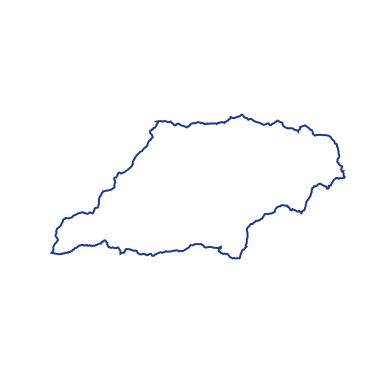 outline of Gura Teghii, Buzau, Romania, rotated 252°
{"feature_id": "2599482B83028603029386", "entity_name": "Gura Teghii", "entity_type": "district", "adm_level": 2, "iso_a3": "ROU", "parent_name": "Romania", "parent_adm1": "Buzau", "projection": "albers", "projection_center": [26.43, 45.616], "detail": "fine", "context": "isolated", "style": "outline", "palette": "blue", "viewbox_px": 384, "rotation_deg": 252, "n_neighbors": 0, "source": "geoboundaries", "source_scale": "gbopen_adm2", "svg_char_len": 6072}
<svg xmlns="http://www.w3.org/2000/svg" viewBox="0 0 384 384"><g transform="rotate(252 192 192)"><path d="M193.2,343.7L193.8,343.0L194.4,342.8L196.5,343.1L199.3,341.2L201.6,340.9L203.5,339.0L204.9,336.6L205.2,335.0L205.7,334.4L205.8,333.6L206.5,332.5L207.8,327.8L207.5,326.6L207.7,326.3L210.1,324.9L212.1,325.4L213.8,325.1L214.9,323.5L216.1,323.3L220.5,320.1L220.3,319.0L220.5,317.9L220.2,316.5L220.5,315.8L220.5,315.0L218.3,314.1L217.9,312.3L216.7,311.6L217.4,311.4L218.7,310.3L219.3,308.8L221.1,307.7L222.2,305.7L222.9,302.8L225.0,300.2L225.5,300.1L226.6,299.2L228.1,299.0L229.5,299.3L230.1,299.2L232.1,296.6L233.3,295.9L233.5,295.3L233.0,293.7L232.1,291.3L232.1,290.1L231.3,287.8L231.7,286.7L233.8,285.7L233.6,281.4L234.0,280.5L235.6,279.3L236.5,277.7L237.7,276.8L238.1,275.7L240.5,272.6L242.9,271.3L243.5,270.0L243.3,268.2L243.5,267.7L244.8,267.5L246.5,265.2L248.1,264.4L248.9,264.4L250.2,263.3L250.0,262.2L249.4,261.1L249.3,258.9L249.6,258.5L249.6,257.7L249.2,256.3L249.4,255.0L249.3,254.4L251.3,251.8L249.9,251.0L249.8,249.9L248.7,248.1L248.9,247.7L248.4,246.1L248.5,244.8L247.6,244.1L249.0,242.5L249.5,241.1L249.4,240.1L249.2,239.6L249.5,239.1L249.4,238.4L249.6,238.1L249.0,236.3L249.9,235.9L250.1,235.4L250.6,233.0L251.3,231.7L251.9,228.1L252.6,227.3L252.3,225.8L252.8,224.9L254.5,223.5L255.0,221.5L255.7,220.9L256.7,218.9L256.4,218.2L256.6,217.2L256.4,216.7L256.6,215.6L257.0,215.1L257.2,212.4L256.9,211.5L256.2,210.9L255.6,209.8L255.7,209.2L255.0,207.1L257.1,204.9L258.1,203.1L260.2,201.0L260.9,200.8L261.0,200.2L261.4,199.8L261.4,198.6L260.4,196.9L261.0,195.8L262.0,195.6L264.8,193.7L265.7,193.5L265.6,192.2L266.2,190.3L268.2,187.8L268.0,186.7L268.3,186.3L268.2,185.2L269.3,184.0L269.3,183.2L269.7,182.1L269.8,180.2L269.1,181.0L268.5,181.0L264.7,176.8L264.8,175.3L263.5,173.7L263.8,173.0L263.4,172.7L262.8,170.9L260.7,170.5L258.5,171.5L256.3,171.6L255.5,170.1L254.5,169.1L254.1,167.5L253.5,166.4L249.3,163.1L248.7,160.6L246.4,156.9L246.1,154.9L243.8,150.4L239.5,145.4L236.6,144.1L234.9,142.2L233.3,138.5L231.7,133.5L231.6,129.9L232.8,129.2L233.0,128.4L232.4,127.0L231.2,126.6L229.8,125.0L229.3,124.0L229.5,123.2L229.3,122.4L227.7,121.9L226.5,122.3L225.8,122.0L225.0,122.1L224.3,121.3L222.6,120.2L221.0,120.1L220.3,119.6L219.2,115.7L219.4,112.4L219.9,110.5L219.8,108.7L220.1,107.5L219.2,106.8L218.7,105.6L217.0,104.6L215.6,102.3L214.4,101.9L213.2,100.9L212.5,100.9L211.3,100.3L209.9,100.0L206.5,97.8L206.2,97.1L206.6,95.8L206.4,94.4L204.4,93.1L202.3,90.9L204.1,88.6L204.0,87.8L203.5,86.7L203.6,85.5L205.4,83.2L205.3,82.8L206.4,82.0L206.7,81.2L206.6,78.5L206.9,77.0L206.1,73.6L206.3,72.2L205.7,71.1L205.1,70.5L204.9,68.5L205.0,66.5L206.4,63.6L205.7,63.0L205.6,61.5L205.2,60.7L203.9,60.0L200.7,56.8L199.6,54.9L198.9,52.6L197.2,51.0L194.5,50.3L193.4,49.0L192.4,48.6L190.4,49.2L189.7,49.7L187.6,49.6L185.7,47.0L185.3,45.9L183.6,44.0L182.3,43.0L179.4,42.2L178.5,41.4L177.5,39.6L173.7,46.7L173.4,48.9L173.6,49.3L173.2,49.8L173.5,50.4L173.2,51.5L173.4,52.6L172.9,53.9L173.0,55.1L172.5,55.7L172.9,56.4L172.6,57.3L173.0,57.9L172.9,58.4L173.1,60.0L173.8,60.7L174.0,61.2L173.8,61.7L174.8,63.2L174.6,64.1L175.9,68.7L175.6,69.6L175.9,70.7L175.3,71.8L174.8,72.1L174.7,73.4L174.1,73.8L173.9,75.3L174.0,75.9L173.0,76.5L173.0,78.3L172.0,79.0L171.8,80.3L171.3,80.9L171.5,82.1L171.0,82.6L171.5,88.3L171.1,89.7L172.5,90.8L172.5,91.6L172.3,92.1L173.1,93.7L172.5,94.8L170.6,95.1L170.0,95.6L168.6,95.1L165.3,95.7L165.1,96.4L163.9,97.6L163.8,99.6L162.6,101.0L162.0,102.6L162.2,104.1L161.9,104.7L158.7,105.6L156.6,105.4L155.4,104.9L155.7,106.3L155.5,108.5L155.3,109.0L157.2,110.4L158.1,111.5L157.5,113.4L156.1,116.1L154.3,118.1L153.6,120.3L152.8,121.4L152.2,121.6L151.0,121.3L148.8,123.2L148.4,124.2L148.0,127.2L147.5,128.1L146.1,129.0L145.8,129.8L145.8,131.4L146.2,132.4L145.7,134.1L143.9,134.3L143.3,135.1L143.2,136.2L144.0,137.3L143.9,138.4L144.5,142.3L144.3,143.7L143.4,144.9L143.6,146.1L143.2,147.2L143.8,148.8L142.7,150.5L142.4,152.1L141.9,153.6L141.8,157.2L141.3,157.9L141.4,159.1L140.9,160.1L139.6,161.2L139.4,163.3L138.6,164.8L140.2,172.0L142.0,174.2L141.1,176.0L141.1,177.2L141.5,178.1L141.4,179.0L140.7,181.4L139.8,183.5L139.7,184.8L138.8,185.1L137.5,186.3L135.8,186.8L134.9,188.0L134.2,192.5L132.4,195.3L130.6,199.6L130.9,202.5L129.8,202.2L129.0,199.9L128.0,199.2L127.2,199.3L126.6,200.1L126.1,200.1L125.3,200.6L123.5,202.4L123.3,204.0L122.8,204.6L122.2,206.6L118.1,208.1L117.1,209.6L116.3,210.1L116.1,211.8L115.4,212.7L114.8,215.6L114.2,216.6L115.2,217.7L117.4,218.8L120.5,221.3L121.2,222.5L121.1,223.9L122.1,224.5L123.2,227.1L124.8,226.6L126.6,228.3L130.2,229.6L131.6,230.8L136.1,232.2L138.7,232.3L139.9,232.9L141.1,234.0L141.8,236.2L143.0,237.0L143.3,238.1L142.9,239.9L143.6,240.9L144.0,242.3L144.8,243.7L144.3,245.9L144.4,247.6L144.9,248.5L145.2,250.7L148.4,254.3L148.2,256.3L147.6,257.2L147.3,258.7L147.3,260.3L147.0,261.4L147.5,263.5L147.2,264.3L148.4,264.8L149.9,266.1L151.1,267.9L151.4,270.6L151.1,271.6L151.5,272.0L151.7,273.6L150.2,276.5L149.8,278.0L148.7,278.6L148.3,278.5L148.2,279.0L147.6,279.4L144.4,280.1L143.8,281.1L144.7,282.2L142.9,284.3L140.9,286.0L140.7,286.8L141.1,287.5L141.0,288.0L140.6,288.3L140.3,288.1L140.2,288.5L139.6,289.0L138.8,289.0L138.0,289.6L139.5,290.6L139.9,291.9L140.0,293.2L142.5,295.1L147.5,297.9L148.4,299.0L149.0,300.4L150.7,302.0L151.5,303.4L152.3,303.7L153.6,304.9L154.6,305.3L155.0,305.9L156.2,306.2L158.7,307.7L158.9,309.3L159.8,310.1L159.2,311.6L159.4,312.8L160.5,314.7L160.3,315.8L159.8,316.7L160.0,316.8L157.0,319.5L155.9,320.8L155.9,321.2L153.4,321.6L153.1,322.7L154.3,323.3L154.2,323.8L155.6,324.2L155.3,326.2L155.9,326.4L159.6,330.5L160.8,333.4L160.3,334.6L159.3,335.5L159.6,335.7L159.5,337.1L158.9,338.3L158.3,340.9L159.4,341.9L160.0,341.4L160.9,341.3L162.6,341.9L164.7,341.8L165.1,341.3L165.3,341.8L165.5,341.1L167.2,340.8L169.7,342.7L170.3,342.5L171.0,341.4L172.4,340.5L173.8,340.5L174.7,339.8L176.0,339.5L176.7,340.1L178.0,340.5L178.7,341.0L179.0,341.9L180.5,343.2L181.3,343.4L182.8,343.3L186.5,344.1L190.0,344.3L190.6,343.9L191.6,344.4L193.1,344.3L193.2,343.7Z" fill="none" stroke="#1e3a8a" stroke-width="2"/></g></svg>